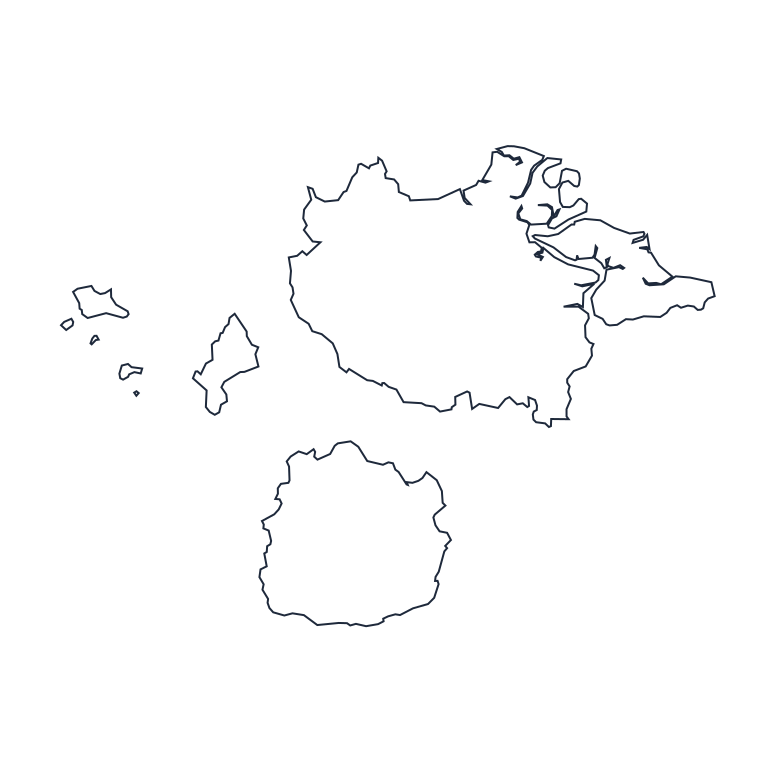 Amapala, Valle, Honduras (Mercator projection), rotated 3°
{"feature_id": "27666195B15608241098476", "entity_name": "Amapala", "entity_type": "district", "adm_level": 2, "iso_a3": "HND", "parent_name": "Honduras", "parent_adm1": "Valle", "projection": "mercator", "projection_center": [-87.621, 13.313], "detail": "fine", "context": "isolated", "style": "outline", "palette": "slate", "viewbox_px": 768, "rotation_deg": 3, "n_neighbors": 0, "source": "geoboundaries", "source_scale": "gbopen_adm2", "svg_char_len": 6146}
<svg xmlns="http://www.w3.org/2000/svg" viewBox="0 0 768 768"><g transform="rotate(3 384 384)"><path d="M584.5,355.9L590.2,344.8L589.2,337.9L591.1,333.1L587.0,331.7L582.8,326.7L581.7,314.9L585.1,307.7L584.2,303.2L574.2,296.6L559.3,297.4L572.9,293.9L578.6,296.7L578.4,282.9L588.8,272.9L576.9,276.1L568.7,273.9L575.7,275.1L589.9,271.6L592.6,269.0L592.9,264.1L586.8,259.8L561.6,254.9L547.4,248.4L536.1,239.8L535.3,244.6L529.8,246.3L536.0,248.8L533.7,252.8L534.5,249.7L529.0,248.7L527.8,247.0L530.7,244.1L533.9,243.4L534.4,239.7L527.4,234.5L521.8,234.9L518.4,226.4L520.8,217.6L518.8,215.0L510.3,212.8L508.5,211.2L508.5,205.2L511.9,199.1L512.8,201.5L509.2,206.6L511.5,212.4L518.0,213.8L522.5,217.1L538.1,215.4L542.8,207.5L542.8,201.4L537.9,197.3L528.3,197.3L537.7,196.0L542.5,198.6L544.7,207.7L548.2,201.2L550.1,200.5L547.4,207.5L543.1,209.8L539.5,216.8L540.3,219.0L546.1,219.9L559.6,210.1L577.0,201.2L577.3,193.2L571.2,188.7L568.8,189.2L563.8,195.8L560.3,197.7L553.3,197.8L550.3,193.1L548.5,180.2L551.6,173.5L557.4,171.5L563.6,176.3L566.7,176.7L568.2,175.1L568.8,168.6L567.7,163.5L565.5,161.4L554.6,159.5L550.6,161.8L548.9,174.3L545.1,178.5L539.8,179.0L533.6,173.9L531.6,167.6L533.4,162.6L536.4,159.8L548.7,154.4L549.2,150.5L535.3,149.8L525.7,158.7L521.3,165.3L519.5,176.2L512.9,189.0L505.8,192.0L499.9,190.0L507.7,190.7L511.6,188.7L517.3,175.4L519.7,162.5L522.5,158.1L530.3,151.9L531.7,148.0L511.8,141.2L501.3,139.8L494.9,140.0L484.4,143.4L489.5,146.1L491.8,149.6L497.3,149.0L501.8,152.2L507.3,150.4L510.2,155.5L504.1,158.5L508.1,155.1L507.2,151.9L501.4,153.5L496.6,150.0L492.2,150.3L484.9,146.2L480.3,147.0L479.7,159.3L471.5,175.2L478.2,176.1L474.8,177.6L467.8,176.1L465.6,180.4L453.3,186.7L454.8,194.0L461.0,200.0L457.5,199.8L454.3,196.8L449.6,185.4L428.3,196.5L400.6,199.3L399.0,195.2L388.8,191.5L387.7,183.7L383.4,179.2L374.9,178.3L374.0,174.2L375.5,171.5L370.4,161.1L366.5,158.4L366.5,163.6L358.9,166.6L357.7,169.4L349.6,165.3L347.0,166.3L345.7,174.2L341.5,179.2L336.4,193.2L333.6,194.4L328.6,202.8L315.3,204.9L306.2,201.0L302.5,192.8L297.7,191.4L301.7,203.8L295.1,214.0L294.7,222.9L298.6,229.7L295.9,234.4L305.3,245.4L313.1,245.8L300.0,259.2L295.5,255.7L290.6,260.5L282.3,262.6L285.2,275.9L284.8,288.4L287.6,292.3L288.9,298.6L286.5,304.9L295.4,321.8L305.6,327.8L309.6,335.0L319.2,337.5L330.7,346.1L335.9,356.5L338.6,369.3L345.9,374.3L348.3,370.8L367.0,381.1L372.7,381.5L381.8,385.6L382.3,383.2L384.1,383.0L388.8,386.6L396.7,388.9L404.5,401.1L422.5,401.2L426.8,403.2L435.4,404.0L441.4,408.6L452.7,405.8L452.9,403.6L456.4,400.9L455.8,393.2L467.4,387.1L469.9,388.2L473.3,404.3L480.2,398.9L499.2,402.0L506.0,392.8L510.0,390.5L518.0,397.4L523.6,396.0L528.3,399.5L530.0,398.3L528.9,389.7L535.7,392.1L537.9,397.6L537.9,402.0L535.0,403.7L534.2,406.6L535.1,411.7L537.9,414.2L547.0,414.9L550.9,418.3L552.9,417.3L552.8,410.2L570.2,409.5L568.0,406.8L567.6,399.6L571.4,389.1L568.3,382.4L569.5,376.7L566.9,373.1L566.7,369.6L572.8,361.1L584.5,355.9ZM390.7,624.1L396.0,621.0L395.5,618.4L400.3,615.8L407.4,613.4L412.1,613.9L424.7,606.5L439.5,601.4L445.3,594.9L449.0,581.0L447.8,577.8L445.3,578.0L445.6,573.9L448.5,568.6L453.0,548.0L455.6,544.6L453.6,542.5L459.0,536.3L454.8,529.3L447.2,528.2L442.8,522.4L440.3,514.7L441.5,511.8L451.7,502.2L448.8,499.6L447.4,487.9L441.7,477.3L431.0,469.8L427.3,475.9L423.4,478.9L417.6,481.2L411.7,480.8L413.0,483.5L411.8,483.1L403.2,471.1L399.8,468.9L397.1,462.7L392.5,462.0L387.2,464.7L371.3,461.8L361.6,448.0L353.7,443.0L341.0,445.7L338.0,448.3L333.9,456.7L321.5,463.0L318.1,460.2L318.8,455.4L317.1,452.8L310.5,458.1L302.3,455.8L294.6,461.3L290.9,466.4L293.5,471.4L294.7,485.2L293.7,487.7L286.3,489.1L283.4,493.7L283.8,499.1L281.5,504.5L285.8,504.6L288.0,508.7L285.4,514.8L281.2,519.9L269.3,527.2L271.3,530.6L271.1,534.5L276.5,536.4L279.5,546.6L278.9,550.0L275.8,552.1L275.7,557.9L273.3,559.5L276.4,572.2L270.4,575.6L269.7,583.4L274.3,590.3L273.4,595.8L279.5,604.7L279.2,608.6L281.3,613.7L285.3,617.8L296.6,620.4L304.6,617.8L316.1,619.0L330.0,628.2L351.3,625.0L359.6,624.8L362.9,626.9L368.5,625.0L378.8,626.8L390.7,624.1ZM524.8,228.6L527.0,230.8L546.1,238.7L559.2,247.7L568.3,250.5L569.8,249.8L570.1,245.4L571.7,249.0L585.6,247.0L587.5,243.7L588.2,235.2L589.9,237.1L587.7,247.1L594.7,252.0L597.9,256.9L600.4,255.6L599.1,248.4L602.5,246.4L600.8,252.9L602.0,254.6L607.1,256.0L613.6,253.0L617.7,255.5L616.4,256.6L612.5,255.0L600.2,258.2L598.9,269.2L591.0,278.7L586.5,287.4L590.8,304.1L598.9,307.5L602.8,312.7L606.2,313.7L613.7,312.7L622.2,306.6L629.2,306.6L639.9,302.8L656.4,302.6L662.5,298.1L666.0,293.0L672.6,290.0L676.6,292.3L683.3,289.8L689.4,290.4L693.4,293.6L696.6,293.2L698.8,291.7L700.0,285.7L703.2,281.7L709.6,279.0L705.6,265.2L684.2,261.7L669.7,261.2L658.2,269.8L644.0,271.5L640.1,270.2L636.9,264.3L642.5,269.7L650.6,268.8L655.5,269.9L666.4,261.7L652.3,251.1L643.8,238.9L641.3,238.7L639.9,235.7L631.7,234.7L639.2,233.4L642.1,235.4L639.0,221.3L635.2,226.4L624.9,230.1L625.7,227.0L635.2,223.0L636.2,220.4L635.2,218.6L621.6,220.9L605.6,216.1L591.5,209.2L575.8,208.6L566.0,212.0L565.6,214.8L562.9,214.9L550.1,225.1L539.8,227.9L527.1,227.3L524.8,228.6ZM210.0,353.6L211.5,368.8L205.1,372.9L200.5,383.9L197.1,381.1L195.2,381.4L192.9,388.3L207.2,399.7L207.3,416.3L211.5,421.0L216.6,423.6L220.9,420.9L222.3,413.2L228.1,409.5L227.1,402.7L221.8,395.8L224.4,390.2L239.8,379.6L244.0,379.2L257.7,373.1L254.0,361.0L256.5,353.9L250.0,351.7L244.5,343.4L244.1,338.8L231.2,321.7L226.3,326.1L225.6,332.3L222.3,335.5L220.2,341.4L218.1,341.9L216.4,349.3L213.2,350.2L210.0,353.6ZM78.3,325.9L79.0,330.0L84.6,333.6L102.8,327.8L119.9,331.5L123.6,330.1L125.3,327.6L124.2,324.8L112.3,318.8L107.0,311.6L106.4,303.8L100.7,307.8L95.9,309.0L90.0,306.2L86.7,301.4L73.0,304.9L68.7,308.3L75.4,319.2L76.1,324.7L78.3,325.9ZM123.2,393.3L128.1,390.2L129.0,387.7L134.1,385.2L140.5,386.2L141.7,381.2L131.0,380.4L127.3,377.4L121.2,379.3L119.2,387.5L120.3,392.0L123.2,393.3ZM63.8,346.7L69.9,341.8L70.4,338.3L68.4,335.2L61.4,338.7L58.4,342.2L63.8,346.7ZM90.0,359.7L93.9,355.2L96.7,354.6L94.4,350.9L92.3,351.1L90.3,353.9L88.8,358.8L90.0,359.7ZM137.3,408.7L139.5,405.9L137.2,404.2L135.0,405.7L137.3,408.7Z" fill="none" stroke="#1e293b" stroke-width="2"/></g></svg>